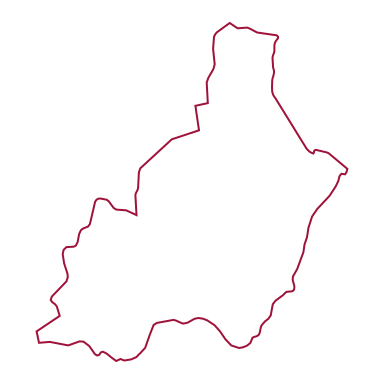 the border of Almería
{"feature_id": "ESP-5804", "entity_name": "Almería", "entity_type": "Autonomous Community", "adm_level": 1, "iso_a3": "ESP", "parent_name": "Spain", "parent_adm1": "", "projection": "equal_earth", "projection_center": [-2.331, 37.298], "detail": "fine", "context": "isolated", "style": "outline", "palette": "rose", "viewbox_px": 384, "rotation_deg": 0, "n_neighbors": 0, "source": "natural_earth", "source_scale": "10m", "svg_char_len": 2074}
<svg xmlns="http://www.w3.org/2000/svg" viewBox="0 0 384 384"><path d="M347.4,168.9L346.5,172.1L345.1,174.3L341.4,173.8L339.5,176.2L338.3,181.0L335.6,186.6L329.5,195.9L317.4,208.8L312.1,216.5L308.5,227.6L307.0,237.2L304.5,244.6L303.4,252.2L297.2,269.0L292.9,276.6L292.7,280.0L293.3,282.4L294.0,284.5L294.4,286.9L294.1,289.4L293.1,290.8L291.5,291.4L286.8,291.8L285.6,292.5L283.0,295.2L275.7,300.5L272.8,304.2L270.7,315.5L268.3,318.8L265.0,321.4L261.6,325.3L260.8,327.4L259.8,332.6L258.7,334.9L256.8,336.2L254.5,336.8L252.5,337.7L250.4,342.9L247.1,345.6L243.0,347.3L239.0,348.0L231.2,345.4L225.3,339.1L220.2,331.6L214.7,325.3L207.3,320.4L203.0,318.7L198.3,318.0L194.5,318.8L187.7,322.6L183.5,323.6L181.6,323.1L175.9,320.5L173.4,319.9L157.0,322.9L153.6,325.0L149.5,335.5L145.2,347.8L139.9,353.6L138.9,354.4L136.5,357.0L131.2,359.4L124.2,360.5L120.5,359.0L116.2,361.0L110.8,357.0L106.7,353.6L102.9,351.7L101.0,352.3L99.1,354.9L97.2,355.5L95.0,354.2L89.3,346.1L83.6,341.7L79.6,341.4L68.2,345.4L49.8,341.9L39.0,342.8L36.6,331.4L59.7,315.9L56.8,306.4L54.9,304.1L52.3,302.2L50.7,300.0L51.8,296.6L66.5,281.3L67.8,277.0L67.4,273.4L64.1,263.3L62.7,254.1L63.6,249.9L66.4,247.1L73.7,246.7L75.8,245.6L77.6,242.2L79.2,233.8L81.0,230.1L83.1,228.5L88.0,226.6L89.9,224.1L95.1,201.8L96.2,200.1L97.9,198.8L100.3,198.5L106.6,199.7L108.6,201.1L113.7,208.0L116.4,209.6L126.1,210.3L136.5,215.1L135.4,195.3L135.7,193.6L137.6,189.8L138.1,187.7L138.9,172.3L140.3,168.3L171.8,139.3L199.0,130.3L195.4,105.8L207.8,103.1L206.7,82.4L208.4,77.7L213.4,69.1L214.7,64.3L213.1,48.9L214.0,36.9L215.2,34.3L216.9,32.3L229.7,23.0L237.6,28.3L247.1,27.6L249.8,28.6L257.1,32.5L276.6,35.3L278.0,36.6L278.0,38.2L275.6,41.4L274.8,43.3L274.4,45.3L274.4,50.2L274.3,51.9L272.8,56.1L272.5,57.8L273.1,67.5L273.9,70.3L274.1,72.1L273.4,75.8L272.5,78.6L272.2,80.6L272.1,84.9L272.0,87.0L272.2,91.6L273.0,94.4L273.8,96.0L275.6,98.5L306.6,148.7L309.1,151.3L310.7,152.4L312.3,153.1L313.4,153.5L313.9,152.4L314.1,151.1L315.1,150.1L316.1,149.9L326.7,152.4L328.6,153.2L347.4,168.9Z" fill="none" stroke="#9f1239" stroke-width="2"/></svg>